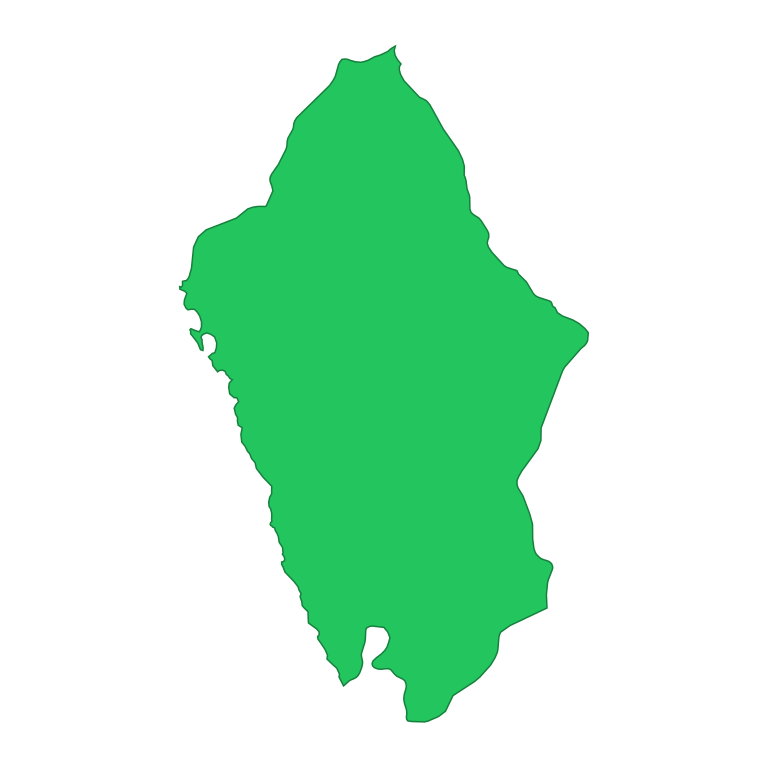 an SVG outline of Áncash
{"feature_id": "PER-577", "entity_name": "Áncash", "entity_type": "Department", "adm_level": 1, "iso_a3": "PER", "parent_name": "Peru", "parent_adm1": "", "projection": "natural_earth1", "projection_center": [-77.843, -9.38], "detail": "fine", "context": "isolated", "style": "filled", "palette": "green", "viewbox_px": 768, "rotation_deg": 0, "n_neighbors": 0, "source": "natural_earth", "source_scale": "10m", "svg_char_len": 4315}
<svg xmlns="http://www.w3.org/2000/svg" viewBox="0 0 768 768"><path d="M343.6,685.9L339.0,677.0L339.5,674.2L336.8,668.2L332.7,664.5L327.0,659.1L327.5,655.2L325.2,649.7L321.3,643.8L318.0,639.1L317.6,636.7L319.3,634.4L319.0,631.6L316.6,628.9L308.5,623.0L308.2,618.2L308.0,611.7L304.1,607.9L302.2,605.6L301.8,601.7L300.1,596.6L301.1,593.6L299.1,590.2L298.1,586.8L294.0,581.5L285.0,572.1L283.1,567.0L281.7,564.5L281.6,562.0L283.4,561.6L284.7,560.2L284.4,557.1L282.4,554.2L283.1,552.7L282.7,549.7L282.6,547.6L279.2,542.3L278.3,536.5L277.2,533.8L275.3,530.5L274.7,528.0L272.5,527.0L271.8,525.9L270.6,525.4L270.2,524.0L270.6,522.8L271.8,521.3L271.6,518.6L271.8,515.7L271.6,512.6L270.6,508.8L269.1,506.5L268.7,502.3L269.7,497.3L271.6,493.9L271.7,486.2L263.3,477.5L256.4,468.5L255.1,462.7L251.5,458.4L249.8,453.9L247.6,451.4L245.1,446.3L241.8,442.2L240.9,434.6L242.2,427.7L238.2,425.2L237.4,421.1L237.6,417.7L235.6,414.2L234.2,408.2L235.9,404.8L238.6,401.7L236.9,397.7L234.1,397.7L229.7,393.9L228.7,387.1L229.3,383.0L231.0,381.1L232.3,379.7L230.0,378.6L228.1,375.8L226.3,374.4L225.1,371.3L222.4,370.1L219.5,370.5L217.6,371.8L212.8,365.6L212.5,363.3L212.1,360.5L210.1,359.0L208.5,356.8L210.4,355.2L212.3,353.4L214.8,352.8L216.4,347.9L216.7,343.0L214.7,337.0L210.7,334.2L206.6,332.9L203.4,334.3L201.7,335.6L201.0,337.6L202.0,339.5L202.1,342.7L203.1,347.6L202.9,350.5L200.5,349.7L197.7,342.9L193.6,337.5L190.6,333.8L190.7,331.2L189.9,329.9L190.9,328.7L194.2,330.1L199.2,331.8L200.5,329.8L201.5,326.9L201.5,321.9L199.7,316.0L197.4,312.4L194.6,309.4L191.8,309.2L187.9,309.8L186.0,308.1L184.1,304.2L184.4,300.1L185.8,296.0L186.9,293.5L185.0,291.4L179.9,289.2L179.7,286.6L181.5,287.1L182.5,285.5L182.5,281.3L186.4,280.5L188.3,278.3L189.2,276.4L191.5,268.1L193.6,247.1L198.3,236.8L206.2,229.8L236.4,218.1L247.8,208.9L252.9,207.2L258.2,206.4L263.6,206.4L264.6,206.6L266.3,205.9L272.9,190.9L272.0,186.6L270.4,182.2L269.9,179.8L270.2,177.1L271.7,174.0L278.4,164.4L286.0,149.3L286.7,146.9L287.0,144.8L287.1,142.2L287.4,140.1L288.1,137.8L292.7,129.6L293.4,127.4L293.9,123.3L294.9,120.6L296.7,117.7L329.4,85.7L332.9,80.8L335.3,76.4L338.6,64.4L340.1,61.6L342.0,59.3L345.6,59.0L348.2,59.5L350.7,60.5L355.5,61.8L360.9,62.3L364.2,61.6L368.3,60.2L374.6,56.8L380.1,55.1L387.6,51.6L391.2,48.5L395.3,46.1L394.2,50.6L395.1,55.3L397.5,59.7L401.0,64.0L399.5,66.5L399.3,69.5L400.0,72.6L401.0,75.4L404.2,81.0L419.4,97.2L423.9,99.3L426.0,100.5L427.4,101.8L430.0,105.0L443.3,129.1L458.5,150.9L462.5,159.5L464.3,166.2L464.2,175.2L465.3,177.9L466.0,180.7L467.1,189.0L469.3,195.1L469.7,197.2L469.9,209.3L471.1,212.4L473.3,214.5L478.8,218.0L481.0,220.5L487.3,230.4L488.7,233.5L488.8,237.3L487.8,240.2L487.2,243.1L488.4,247.0L492.0,252.4L503.8,265.3L506.6,267.3L517.0,270.7L518.5,274.1L526.4,281.9L533.3,293.5L535.6,295.8L538.4,297.3L549.7,301.0L551.0,301.9L551.9,303.6L552.3,305.3L553.1,306.7L554.9,307.5L557.5,312.7L562.4,316.0L573.1,320.1L579.3,323.7L584.9,328.5L588.3,332.7L587.6,340.8L586.3,343.4L584.6,345.5L581.1,348.4L564.7,367.1L562.6,370.8L541.1,427.9L540.9,440.6L538.0,448.7L521.8,471.0L518.9,476.1L517.1,480.3L517.0,483.2L517.2,485.4L518.2,488.2L523.0,496.0L529.8,514.2L532.5,524.2L532.7,539.1L533.9,548.4L535.0,551.8L536.4,554.4L539.6,557.6L541.5,558.8L543.7,559.7L546.4,560.5L549.1,561.5L551.5,563.6L552.5,565.9L552.7,568.1L552.0,570.4L548.3,579.8L547.6,582.5L546.4,594.6L547.0,608.0L510.1,625.5L500.6,632.2L499.6,634.5L498.9,637.1L497.9,649.3L497.4,652.1L495.1,657.6L490.6,665.1L479.9,677.0L474.6,681.5L453.0,695.6L445.5,711.2L438.6,716.5L427.7,721.2L424.4,721.9L411.5,721.5L407.8,720.9L406.6,719.1L406.4,716.8L406.8,714.0L406.7,711.3L406.2,708.7L404.6,703.8L404.1,701.4L403.8,698.7L404.0,696.4L404.4,693.8L405.9,688.8L406.3,686.1L406.0,683.7L404.8,680.7L402.6,679.0L396.8,676.2L394.6,674.2L390.7,669.6L388.4,668.7L386.0,668.7L380.9,669.3L377.9,669.0L374.3,667.6L372.5,665.7L372.1,663.5L372.7,661.8L373.1,660.9L376.2,657.9L381.5,653.9L384.6,650.7L386.0,648.8L387.2,646.6L388.8,642.0L389.9,637.6L388.0,632.6L387.1,631.2L383.9,627.4L372.0,626.0L369.4,626.5L366.8,627.8L365.8,629.8L365.3,639.5L364.9,642.2L361.8,652.3L361.3,654.7L361.6,657.1L362.5,661.2L362.6,662.7L362.3,665.0L361.5,668.1L359.7,672.8L358.1,675.5L356.2,677.4L354.3,678.5L350.5,680.1L349.4,680.7L343.6,685.9L343.6,685.9Z" fill="#22c55e" stroke="#15803d" stroke-width="1.5"/></svg>